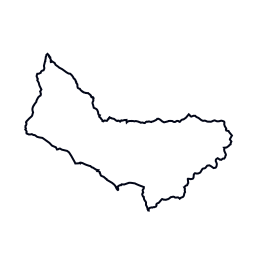 outline of Frumosu, Suceava, Romania, rotated 82°
{"feature_id": "2599482B3089317058178", "entity_name": "Frumosu", "entity_type": "district", "adm_level": 2, "iso_a3": "ROU", "parent_name": "Romania", "parent_adm1": "Suceava", "projection": "orthographic", "projection_center": [25.627, 47.639], "detail": "fine", "context": "isolated", "style": "outline", "palette": "ink", "viewbox_px": 256, "rotation_deg": 82, "n_neighbors": 0, "source": "geoboundaries", "source_scale": "gbopen_adm2", "svg_char_len": 5861}
<svg xmlns="http://www.w3.org/2000/svg" viewBox="0 0 256 256"><g transform="rotate(82 128 128)"><path d="M107.5,227.8L108.2,228.2L108.5,228.2L108.8,227.9L110.2,228.1L111.3,228.7L111.6,229.2L113.2,229.5L113.5,229.3L114.0,229.4L114.4,229.2L115.2,229.9L116.6,229.1L117.7,228.9L118.6,229.3L119.3,229.2L120.6,227.1L120.8,225.2L120.7,224.1L121.8,222.6L122.0,221.5L122.5,220.8L124.1,219.2L124.9,217.3L125.9,214.1L131.8,207.9L134.9,205.7L137.1,202.1L139.4,201.3L139.3,200.0L138.9,198.9L138.9,198.2L140.2,196.6L142.2,191.5L143.9,189.8L147.6,188.1L154.1,185.6L155.8,185.1L156.1,181.9L155.9,181.1L155.8,180.9L156.5,180.2L156.1,179.6L155.8,179.5L156.0,178.8L156.5,177.8L157.8,175.9L158.8,174.2L160.1,171.6L160.4,170.6L161.9,169.3L162.3,168.3L165.0,165.2L165.0,164.8L165.5,163.9L165.6,163.4L166.5,164.2L166.7,163.4L167.5,162.3L168.0,162.0L169.1,162.2L169.8,161.7L171.0,161.6L171.4,161.4L172.1,160.4L173.0,158.8L173.7,158.3L174.2,157.7L175.1,157.2L175.4,156.4L176.4,156.1L180.1,151.4L182.2,149.5L183.7,148.6L186.6,147.7L187.5,147.2L188.0,146.7L187.9,146.4L187.2,146.2L186.2,146.2L184.7,146.6L183.7,144.6L183.5,143.6L183.7,142.9L183.5,142.6L182.9,142.2L183.4,139.6L182.4,134.6L182.7,132.7L183.8,128.9L184.7,127.6L186.5,124.6L188.7,120.5L190.0,120.8L190.6,121.2L191.0,121.8L191.8,122.2L194.1,121.9L194.3,122.1L194.7,122.8L195.8,123.2L197.9,122.7L198.1,122.5L198.3,122.0L198.5,122.0L200.7,122.0L202.4,121.4L203.0,120.9L204.2,120.5L206.7,120.9L208.6,120.2L209.9,120.0L210.3,119.5L211.2,119.9L211.9,119.4L212.4,119.5L212.6,119.0L211.1,118.8L210.5,118.3L210.4,117.9L210.1,117.4L209.9,115.8L210.2,115.1L209.9,113.9L210.1,113.0L209.6,111.1L208.5,110.5L207.8,110.6L207.2,110.3L206.7,109.5L206.4,108.1L205.8,107.3L203.4,104.6L203.1,104.1L204.0,102.4L204.1,101.5L204.3,100.9L204.3,100.0L204.1,99.1L204.1,98.4L203.8,97.9L203.6,97.1L202.5,95.4L202.3,92.8L202.7,91.8L203.4,91.1L203.6,90.2L203.6,88.6L203.7,88.1L204.8,86.8L205.2,86.6L205.1,86.4L204.5,85.6L203.9,83.2L203.4,82.6L202.7,82.1L200.3,81.2L199.4,80.4L197.7,80.5L196.0,80.1L194.6,80.6L194.6,80.3L193.8,79.7L193.3,79.0L193.0,78.4L192.9,77.4L192.2,76.9L191.3,76.6L190.8,76.0L186.8,75.9L186.6,75.7L186.8,74.7L187.2,73.3L187.4,73.0L187.3,71.2L187.1,70.7L186.2,70.0L183.2,69.3L182.2,68.3L182.1,67.9L182.6,66.6L182.8,65.0L182.7,64.3L182.1,62.6L181.1,61.8L179.0,60.1L178.8,59.7L178.6,59.3L178.6,57.7L178.2,56.8L176.6,55.1L176.3,54.7L176.3,52.6L177.4,51.1L179.6,48.8L179.5,46.8L178.7,46.0L178.0,45.6L176.0,45.0L174.3,45.3L173.1,45.7L171.9,45.5L171.3,45.1L171.0,44.7L170.4,43.4L172.2,41.3L172.1,41.0L172.5,40.1L172.1,39.4L171.5,38.3L171.7,37.3L171.7,37.0L170.3,35.8L169.3,35.5L168.4,34.8L167.6,34.8L164.2,35.8L162.8,35.8L161.5,35.3L160.9,35.6L161.0,33.1L159.7,30.6L159.3,30.3L158.7,29.4L158.6,28.8L158.4,28.6L157.1,28.4L155.8,27.5L153.5,28.7L153.0,28.5L149.9,26.1L146.2,28.4L145.0,28.8L144.2,31.0L143.4,31.3L142.2,30.8L139.7,31.9L137.7,32.2L136.3,31.8L135.4,31.8L134.8,32.2L134.0,33.8L133.7,34.7L134.0,36.9L133.9,38.3L133.6,39.3L132.6,40.9L132.5,41.5L132.7,42.6L133.3,44.6L133.3,45.2L132.7,48.6L131.6,50.3L131.3,51.5L131.4,52.1L131.2,53.1L130.3,54.4L127.8,56.8L126.9,58.3L126.1,59.2L125.3,59.7L125.0,61.3L125.5,63.8L125.0,64.5L124.0,65.0L122.9,65.9L125.8,69.1L126.4,70.2L127.2,71.8L127.2,73.1L127.6,74.0L128.4,75.1L129.1,75.8L129.1,76.2L128.1,77.2L127.9,77.8L127.8,78.6L128.6,80.7L128.2,82.1L127.3,83.1L126.9,84.8L126.7,86.9L127.0,87.5L127.4,91.5L126.2,93.2L124.3,94.9L123.1,96.5L123.0,97.8L123.3,98.0L124.0,99.2L124.9,102.0L125.1,103.9L125.3,104.1L125.0,105.0L124.4,106.3L124.4,106.6L124.6,107.5L124.3,108.3L124.3,108.7L124.6,109.6L125.2,110.2L125.4,110.7L125.4,111.0L125.2,111.6L124.6,112.8L124.5,114.8L123.9,115.4L123.7,116.1L123.3,116.5L122.4,118.7L122.2,119.4L122.3,120.7L121.7,122.3L121.7,123.3L121.5,123.6L121.3,125.8L121.4,126.9L121.6,127.2L121.7,127.7L122.3,128.5L120.4,128.5L119.8,128.4L119.8,129.3L119.6,129.8L119.9,132.9L119.5,133.6L120.6,134.8L120.3,135.4L119.5,136.0L119.3,136.8L119.6,137.4L119.4,137.7L119.4,138.1L118.7,139.0L118.0,139.6L117.0,140.6L116.1,143.0L115.8,143.2L115.6,143.9L114.8,144.7L115.4,145.5L116.1,145.8L116.4,146.4L116.6,146.3L117.1,147.0L118.0,147.9L117.3,150.2L118.0,151.5L117.6,152.3L117.2,152.2L116.7,152.3L114.9,153.5L114.2,153.7L113.1,154.8L112.5,154.9L111.5,154.1L111.0,155.0L110.6,155.3L109.1,155.5L108.1,155.4L105.8,156.0L104.9,156.6L103.8,158.1L103.2,159.1L100.2,159.4L98.6,159.7L97.6,159.5L96.5,158.7L95.6,158.4L95.2,158.5L94.5,158.3L93.7,157.9L93.2,158.1L93.1,158.6L92.5,158.7L92.6,159.5L92.4,159.9L91.8,160.1L91.1,160.1L90.7,160.5L90.0,160.6L89.5,161.2L88.6,162.0L88.2,162.5L87.9,162.6L87.8,162.9L87.8,163.7L87.4,164.7L87.4,165.2L86.9,165.9L86.6,166.9L86.2,167.2L85.9,167.8L85.4,168.0L85.3,168.4L84.0,169.5L83.0,170.1L82.5,170.2L82.0,171.3L81.6,171.8L81.1,172.2L80.8,172.2L79.7,172.3L78.5,172.1L78.0,172.2L77.6,172.1L76.3,172.9L75.9,172.8L75.3,173.1L74.8,172.9L74.3,173.3L73.5,173.3L72.7,173.8L71.9,174.1L71.6,174.7L71.3,174.9L70.3,175.1L68.1,176.2L66.3,177.6L66.1,178.0L65.9,179.0L65.4,179.8L64.2,181.3L63.2,182.3L60.5,185.1L58.6,187.8L57.9,188.3L55.4,190.9L53.2,191.7L52.8,192.4L51.1,194.2L51.9,194.6L52.0,194.9L52.0,195.2L51.6,195.3L49.3,194.9L48.1,195.5L47.2,195.1L46.9,195.3L46.4,196.3L45.4,196.0L43.4,197.4L43.9,198.1L44.2,198.6L45.1,198.8L46.3,199.6L47.6,199.8L49.4,200.5L50.0,200.5L50.4,200.6L50.5,200.9L54.8,202.6L57.0,202.5L57.9,202.8L59.1,203.6L59.3,205.0L59.9,206.1L60.9,206.7L61.2,206.8L61.8,208.8L61.7,210.3L62.5,210.6L63.0,211.0L64.4,211.3L65.2,210.9L66.1,210.9L66.7,210.5L67.2,210.6L68.0,211.2L70.7,210.1L72.8,209.9L73.9,209.7L77.8,208.4L79.6,209.9L80.0,209.7L81.1,209.7L82.2,209.5L83.6,210.0L84.2,211.3L85.1,212.6L87.1,214.1L88.2,214.8L89.4,215.2L91.2,217.1L92.1,217.7L92.2,218.0L93.1,218.7L93.5,218.8L94.0,219.3L95.5,219.9L96.5,220.1L97.8,220.1L99.3,219.8L100.3,220.3L102.4,221.2L103.1,221.9L104.9,224.6L107.5,227.8Z" fill="none" stroke="#020617" stroke-width="2"/></g></svg>